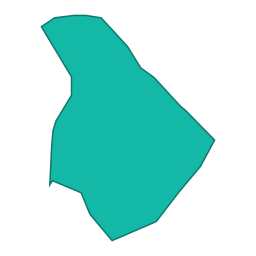 outline of Dong-gu [East District], South Jeolla, South Korea
{"feature_id": "91817680B89733153975870", "entity_name": "Dong-gu [East District]", "entity_type": "district", "adm_level": 2, "iso_a3": "KOR", "parent_name": "South Korea", "parent_adm1": "South Jeolla", "projection": "equal_earth", "projection_center": [126.949, 35.114], "detail": "fine", "context": "isolated", "style": "filled", "palette": "teal", "viewbox_px": 256, "rotation_deg": 0, "n_neighbors": 0, "source": "geoboundaries", "source_scale": "gbopen_adm2", "svg_char_len": 430}
<svg xmlns="http://www.w3.org/2000/svg" viewBox="0 0 256 256"><path d="M200.5,166.3L214.6,140.1L186.0,110.9L180.6,106.4L154.1,77.6L140.8,68.0L127.5,46.5L109.9,27.3L101.0,17.8L85.5,15.4L78.9,15.4L74.5,15.4L54.6,17.8L41.4,26.7L71.5,76.8L71.5,95.2L55.9,121.2L53.1,130.4L51.7,145.8L49.8,184.8L52.4,180.7L81.1,192.7L90.0,214.3L112.1,240.6L156.3,221.5L178.4,192.7L200.5,166.3Z" fill="#14b8a6" stroke="#0f766e" stroke-width="1.5"/></svg>